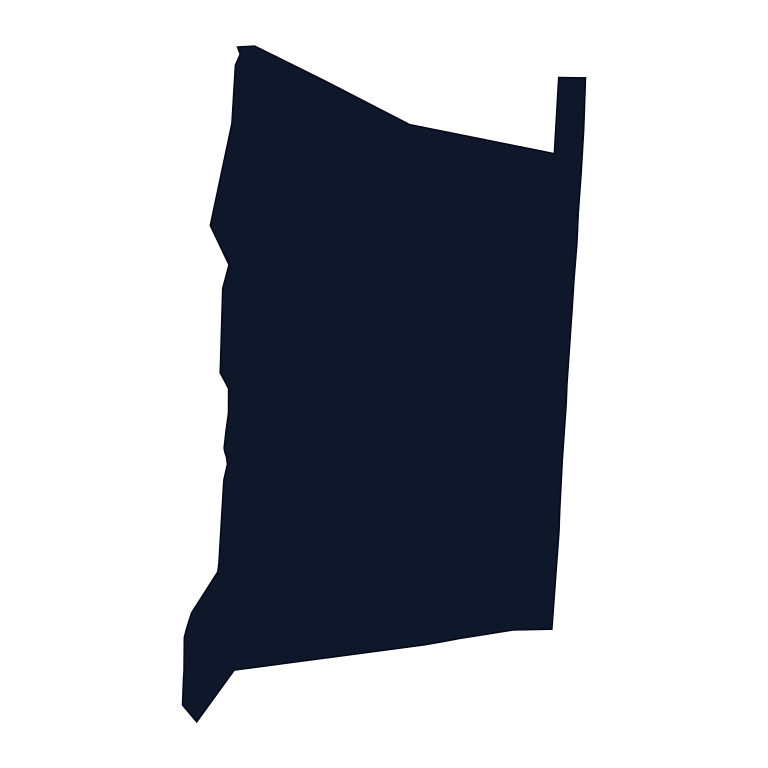 Dutchess, New York, United States of America
{"feature_id": "52423323B41588458909272", "entity_name": "Dutchess", "entity_type": "district", "adm_level": 2, "iso_a3": "USA", "parent_name": "United States of America", "parent_adm1": "New York", "projection": "mercator", "projection_center": [-73.759, 41.759], "detail": "fine", "context": "isolated", "style": "filled", "palette": "ink", "viewbox_px": 768, "rotation_deg": 0, "n_neighbors": 0, "source": "geoboundaries", "source_scale": "gbopen_adm2", "svg_char_len": 783}
<svg xmlns="http://www.w3.org/2000/svg" viewBox="0 0 768 768"><path d="M578.0,77.8L558.7,77.5L554.3,153.7L409.6,124.6L324.9,80.9L254.7,46.1L237.5,47.0L240.2,54.2L235.4,65.2L231.9,123.4L210.3,225.5L229.0,264.8L222.7,288.3L220.2,372.9L224.2,380.2L228.6,388.6L228.5,409.4L228.5,412.9L225.9,431.9L224.1,448.0L224.8,452.0L226.6,457.5L227.4,464.1L223.8,480.2L218.9,563.2L217.8,571.8L191.5,613.0L186.4,629.2L184.3,637.6L184.0,671.2L183.5,678.1L182.5,705.0L196.7,721.9L234.2,670.1L424.0,644.9L439.2,642.3L459.4,638.5L512.8,630.0L551.9,629.2L559.0,531.8L559.8,509.3L561.2,482.4L562.3,460.4L566.2,404.2L566.9,386.5L566.9,385.4L571.6,316.8L571.7,316.2L574.0,279.8L576.9,244.1L578.3,212.6L581.1,174.3L583.7,130.3L585.5,77.8L578.0,77.8Z" fill="#0f172a" stroke="#020617" stroke-width="1.5"/></svg>